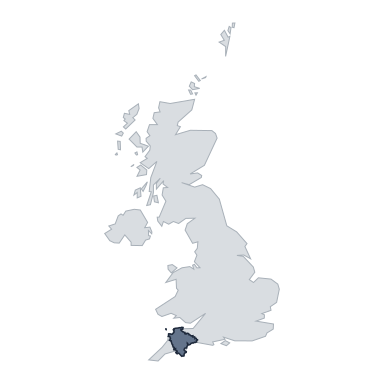 United Kingdom, with Devon highlighted
{"feature_id": "GBR-2048", "entity_name": "Devon", "entity_type": "Administrative County", "adm_level": 1, "iso_a3": "GBR", "parent_name": "United Kingdom", "parent_adm1": "", "projection": "mercator", "projection_center": [-3.833, 50.73], "detail": "fine", "context": "in_parent", "style": "filled", "palette": "slate", "viewbox_px": 384, "rotation_deg": 0, "n_neighbors": 0, "source": "natural_earth", "source_scale": "10m", "svg_char_len": 6736}
<svg xmlns="http://www.w3.org/2000/svg" viewBox="0 0 384 384"><path d="M205.6,313.3L190.4,323.2L185.6,322.6L179.8,317.5L173.7,318.2L176.3,315.6L171.1,313.3L161.9,316.5L158.0,314.3L155.6,309.3L175.2,296.5L178.2,290.2L176.5,288.3L176.1,279.3L165.8,282.5L173.1,272.6L182.0,267.8L189.8,266.6L193.8,269.2L192.6,265.2L194.4,264.3L197.0,267.9L200.0,267.7L194.4,261.7L196.9,255.2L194.7,251.8L197.3,248.3L197.9,241.8L192.6,243.3L185.1,230.1L187.3,223.7L194.9,218.2L185.8,218.4L178.6,223.5L173.4,221.5L168.7,224.2L163.4,221.5L161.8,226.3L157.8,221.1L157.2,217.2L159.2,217.1L165.9,201.2L162.1,195.0L163.3,187.8L167.6,187.5L163.0,183.9L163.7,180.6L156.4,189.1L156.3,183.5L160.3,178.2L153.4,185.0L153.4,192.8L150.4,204.7L146.7,205.5L151.3,191.8L149.2,191.5L150.8,177.6L156.9,161.4L148.7,168.6L140.2,162.7L147.3,158.3L145.0,156.7L149.8,150.2L150.3,146.0L146.2,141.2L146.1,138.3L149.9,135.7L147.1,131.7L149.5,124.6L157.4,124.6L152.9,118.4L154.2,112.7L160.1,111.9L158.6,107.8L159.9,101.7L170.2,103.5L194.6,99.3L191.8,109.9L178.1,122.1L177.3,125.6L180.4,126.7L175.5,134.7L190.3,130.3L211.9,130.6L215.5,133.5L217.1,138.1L204.4,165.3L190.1,174.0L197.6,172.9L201.7,175.5L201.3,177.5L189.1,184.7L181.6,182.6L194.7,187.1L202.6,184.7L210.6,188.6L219.3,199.1L226.8,225.8L236.7,231.9L247.0,243.6L244.9,246.5L250.6,258.8L243.8,255.0L236.9,255.4L243.3,256.4L253.3,267.0L254.8,272.2L249.3,279.6L253.5,282.5L258.4,277.8L271.0,279.1L277.8,284.1L279.3,289.2L276.6,302.4L270.3,306.7L271.0,310.3L261.8,313.6L264.4,314.8L264.3,318.1L256.0,321.1L273.5,324.0L273.2,329.1L267.0,332.9L265.5,336.3L252.2,340.9L234.7,340.8L223.5,337.1L225.0,339.3L212.7,341.9L213.9,344.7L212.6,345.3L195.6,342.2L188.4,344.5L183.5,355.4L174.4,351.2L165.0,354.0L158.1,361.0L148.7,359.9L162.1,347.3L167.6,340.5L168.6,334.9L172.6,333.5L174.6,328.9L193.1,328.5L205.6,313.3ZM142.2,245.6L131.1,245.4L131.1,242.2L124.8,234.9L119.2,243.1L114.2,242.8L109.8,240.7L104.7,233.5L111.6,229.2L108.8,226.0L115.2,223.9L118.2,215.9L121.0,213.9L123.1,215.3L125.8,211.1L134.2,209.3L140.3,210.0L147.6,222.4L144.7,227.7L149.9,227.1L151.9,232.0L151.7,233.8L148.4,230.5L148.6,235.6L150.4,236.0L149.5,238.9L145.6,240.1L142.2,245.6ZM139.1,108.5L136.8,114.4L132.8,117.6L135.1,120.0L125.7,129.0L123.4,126.9L127.4,123.2L123.9,120.6L125.2,119.0L123.3,117.5L124.4,113.3L129.7,114.4L128.8,110.6L138.4,103.8L139.1,108.5ZM140.0,137.1L140.2,143.3L148.4,146.2L142.8,152.1L142.0,147.0L136.9,147.0L129.1,139.1L136.2,131.7L140.0,137.1ZM224.4,30.3L228.1,37.2L229.9,36.3L225.6,56.4L225.7,46.6L219.1,42.1L224.3,40.3L220.8,34.5L224.4,30.3ZM146.5,174.6L137.0,176.3L140.1,170.0L136.9,167.4L140.7,165.0L146.8,170.0L146.5,174.6ZM172.3,264.6L177.0,267.9L171.3,272.9L168.1,269.2L167.9,265.5L172.3,264.6ZM140.3,187.8L141.0,196.3L137.2,197.9L137.2,192.5L133.9,195.1L135.3,190.1L140.3,187.8ZM194.6,83.5L194.3,86.7L199.7,88.4L192.6,89.7L189.3,86.2L191.2,81.9L194.6,83.5ZM158.4,202.8L154.4,201.8L153.7,196.0L156.9,195.3L158.4,202.8ZM229.7,342.9L226.4,345.7L220.9,343.6L225.3,340.6L229.7,342.9ZM143.1,191.4L141.3,188.9L147.4,181.8L146.1,185.4L143.1,191.4ZM121.3,131.2L123.3,133.1L121.7,136.1L115.8,133.9L121.3,131.2ZM120.5,149.8L118.2,149.3L117.6,141.1L120.2,141.4L120.5,149.8ZM230.1,33.8L227.9,30.6L229.2,26.4L231.0,27.6L230.1,33.8ZM200.3,80.5L198.8,81.3L194.6,75.7L196.0,74.9L200.3,80.5ZM192.6,93.9L190.6,94.3L188.6,90.0L190.7,90.1L192.6,93.9ZM234.9,23.0L234.0,27.7L232.2,27.2L232.4,23.1L234.9,23.0ZM205.6,77.6L201.5,79.0L206.0,76.6L205.6,77.6ZM137.6,154.7L136.4,155.0L134.9,153.0L136.9,151.9L137.6,154.7ZM197.4,92.8L196.0,95.2L194.9,92.9L197.4,92.8ZM133.2,165.6L130.8,166.7L134.0,164.4L133.2,165.6ZM117.5,154.7L116.0,155.1L115.3,154.5L116.9,152.9L117.5,154.7Z" fill="#d9dde1" stroke="#a8b0b8" stroke-width="1"/><path d="M196.5,341.9L196.2,342.0L195.6,342.4L195.2,342.5L194.5,342.3L194.3,342.3L193.9,342.7L193.5,343.0L193.3,343.0L193.1,343.0L192.8,342.9L192.6,342.8L192.3,342.9L191.7,343.2L191.0,343.3L190.8,343.6L190.6,344.0L190.3,344.4L189.0,344.9L188.6,344.9L188.3,344.8L188.1,344.6L187.9,344.2L187.7,343.5L187.6,343.4L187.4,343.3L187.3,343.2L187.3,343.3L187.3,343.6L187.5,343.8L187.7,344.8L187.9,345.1L187.6,345.4L187.3,345.8L187.0,346.3L186.8,346.9L186.6,347.6L186.6,348.0L186.2,348.0L185.7,348.0L185.2,348.0L184.8,348.2L184.5,348.7L184.2,349.2L184.1,349.7L184.1,350.1L184.3,350.4L184.6,350.8L185.1,351.0L185.6,351.3L186.3,351.6L186.2,352.4L186.0,352.5L185.8,352.4L185.5,352.2L185.3,352.8L185.0,353.0L184.6,353.1L184.4,353.4L184.3,353.9L184.1,354.4L184.0,355.1L184.1,355.8L183.9,355.9L183.2,356.1L182.9,356.2L182.5,356.1L182.1,355.9L181.9,355.9L181.6,356.2L181.0,355.6L179.9,354.3L178.8,353.2L178.6,353.1L178.4,353.2L178.0,353.4L177.8,353.5L177.7,353.6L177.4,353.8L177.1,353.8L176.9,353.7L176.6,353.5L176.7,353.4L176.8,353.1L176.4,353.0L176.0,352.7L175.8,352.4L176.1,352.1L176.5,351.9L176.9,351.7L177.2,351.6L177.2,351.4L177.1,351.0L176.8,350.7L176.5,350.5L176.0,350.2L175.7,350.0L175.4,350.0L175.2,350.0L174.9,350.2L174.6,350.2L174.6,350.3L174.6,350.1L174.9,349.7L175.1,349.3L174.7,349.5L174.3,349.3L174.3,349.6L174.1,349.2L173.9,349.2L173.8,349.4L173.7,349.2L173.8,349.0L174.0,348.7L174.0,348.4L174.5,348.4L174.7,348.2L174.3,347.9L174.2,347.5L174.1,347.3L173.1,347.0L173.1,346.4L172.8,346.0L172.6,345.8L172.7,344.7L172.0,344.2L171.8,343.2L171.5,342.8L171.5,342.1L171.2,341.5L171.2,340.8L170.9,340.7L170.7,341.0L170.6,340.9L170.1,340.4L169.5,340.4L169.3,340.2L169.9,339.9L170.1,339.4L170.1,338.7L170.4,338.5L170.5,338.3L170.0,337.3L169.8,337.0L169.8,336.5L168.2,336.4L168.3,336.0L168.4,335.7L168.7,335.0L168.6,334.8L168.5,334.4L168.5,334.0L168.6,333.8L170.2,333.8L170.4,333.9L170.7,334.2L170.9,334.2L171.9,334.3L172.3,334.2L172.5,334.0L173.7,332.7L173.8,332.5L173.9,332.4L174.0,332.2L174.1,331.8L173.9,331.1L173.8,330.9L173.8,330.7L173.5,330.2L173.4,330.0L174.0,330.0L174.2,329.7L174.2,329.4L174.0,329.1L173.8,329.0L173.8,328.8L175.2,328.3L178.4,328.0L179.1,327.7L179.4,327.7L180.7,327.7L181.1,327.6L181.6,327.3L182.0,327.3L183.0,327.5L182.9,327.7L182.9,327.8L182.8,328.0L182.9,328.5L182.8,329.2L181.9,329.4L181.0,329.3L180.9,329.4L181.0,330.3L181.2,330.6L181.9,331.1L182.3,331.2L182.9,331.9L183.6,331.9L184.3,332.5L185.0,332.5L185.0,333.1L184.8,333.6L185.0,333.9L186.2,334.0L186.4,333.9L186.4,333.5L186.6,333.4L187.2,333.2L187.7,333.5L188.1,333.4L188.5,333.7L188.8,333.8L188.9,334.0L189.0,334.8L189.9,334.8L190.8,335.7L191.6,335.8L192.8,335.7L192.4,336.6L192.9,337.1L194.0,336.8L194.7,336.9L194.8,337.1L194.7,337.7L195.1,337.9L195.0,338.4L195.5,338.1L195.9,338.2L196.2,338.4L196.5,339.2L196.9,339.6L197.5,339.7L197.6,339.9L196.5,340.7L196.7,340.9L196.4,341.7L196.5,341.9ZM166.1,329.1L166.2,329.3L166.2,329.6L165.9,329.5L165.9,329.2L165.9,328.8L166.0,328.8L166.1,329.0L166.1,329.1Z" fill="#64748b" stroke="#1e293b" stroke-width="1.5"/></svg>